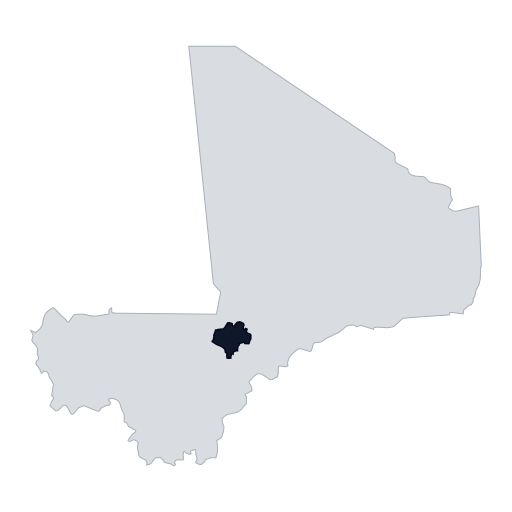 Tenenkou, Mopti, Mali shown in context
{"feature_id": "8926073B19754802458169", "entity_name": "Tenenkou", "entity_type": "district", "adm_level": 2, "iso_a3": "MLI", "parent_name": "Mali", "parent_adm1": "Mopti", "projection": "albers", "projection_center": [-4.939, 14.587], "detail": "fine", "context": "in_parent", "style": "filled", "palette": "ink", "viewbox_px": 512, "rotation_deg": 0, "n_neighbors": 0, "source": "geoboundaries", "source_scale": "gbopen_adm2", "svg_char_len": 5278}
<svg xmlns="http://www.w3.org/2000/svg" viewBox="0 0 512 512"><path d="M53.2,399.5L53.5,397.4L51.7,395.8L51.7,395.1L52.8,388.9L52.8,387.3L53.6,384.2L52.5,382.8L52.2,381.7L49.4,377.6L48.6,374.2L47.2,371.9L43.8,371.1L42.5,373.0L41.7,373.3L40.5,371.8L40.1,370.6L40.1,369.6L35.9,364.1L36.3,361.2L38.0,359.7L38.7,357.3L37.1,354.4L37.5,351.7L37.4,347.8L34.9,344.4L33.2,342.9L31.8,340.5L33.2,335.2L30.7,330.5L35.5,332.5L37.8,330.9L40.1,328.6L42.1,325.6L43.0,321.8L43.5,318.5L45.5,313.5L47.9,311.1L52.7,307.7L54.0,308.0L61.6,315.8L66.0,319.8L67.5,321.9L69.0,321.9L71.3,318.3L73.6,315.1L74.6,314.4L82.4,314.1L86.5,314.8L90.1,315.8L95.2,316.2L108.8,314.1L109.0,312.6L108.9,310.8L109.5,309.5L110.6,308.2L111.6,308.0L111.9,312.3L113.0,312.9L116.2,313.2L216.4,314.2L220.7,291.9L213.4,283.8L188.8,46.2L235.2,46.3L243.2,51.6L394.3,153.4L395.1,156.8L395.1,161.4L396.2,162.8L398.5,164.2L407.1,168.5L407.8,169.3L408.2,171.2L409.3,173.4L411.1,174.7L413.3,175.6L415.9,176.2L423.7,176.7L425.3,177.7L428.8,181.7L430.7,182.4L441.2,184.3L444.7,185.3L448.4,187.1L450.5,188.7L450.6,195.2L452.2,199.4L452.2,200.4L450.6,202.2L450.3,203.5L448.5,206.9L448.9,208.2L452.7,210.6L454.5,211.2L456.6,211.2L478.6,205.9L481.3,266.7L480.5,267.7L480.3,278.5L478.9,284.9L476.2,289.7L474.6,296.8L473.6,298.2L472.9,302.2L471.4,304.6L468.5,305.6L463.5,310.3L463.2,313.9L451.0,312.4L450.1,312.5L449.6,313.0L449.4,314.9L418.2,317.0L402.9,318.3L393.5,326.8L387.3,327.7L379.4,327.2L375.4,327.3L373.8,327.8L373.5,329.3L361.0,325.3L356.4,326.8L355.7,326.3L355.0,325.4L352.8,325.0L349.2,325.3L346.7,325.9L338.8,332.6L334.6,334.3L326.7,338.2L321.3,341.7L319.3,342.3L316.2,342.5L313.6,343.2L311.4,350.7L309.9,351.5L300.4,348.6L298.5,349.0L296.8,349.9L291.6,354.4L289.0,357.9L287.6,362.5L287.9,365.6L287.0,366.5L284.6,366.8L280.1,365.8L278.8,366.3L278.2,368.6L278.3,373.6L277.4,377.0L274.8,378.0L272.7,379.4L271.1,379.8L269.8,379.5L262.1,374.4L259.5,373.6L256.7,374.2L253.9,376.4L249.0,381.7L249.5,383.6L250.9,385.8L251.9,388.5L251.8,390.9L244.8,394.4L246.5,397.0L246.3,403.9L243.0,407.0L241.9,409.1L238.8,411.3L236.1,412.6L227.5,414.4L224.0,416.6L222.4,418.3L222.0,420.3L222.4,422.4L224.0,427.0L223.5,431.2L222.1,436.0L220.7,438.1L216.7,440.6L217.3,443.8L217.7,448.3L217.0,454.1L215.8,458.0L214.9,457.7L211.0,457.8L206.8,459.1L205.3,460.0L205.0,461.4L201.4,464.5L199.1,464.3L196.9,463.5L195.7,462.6L195.7,462.1L197.0,459.6L197.1,458.7L195.8,454.2L196.0,453.1L195.5,449.7L195.2,449.5L190.6,451.0L190.4,451.6L191.1,453.8L190.6,454.2L189.0,454.1L186.7,453.4L184.2,451.4L183.6,452.0L183.3,453.6L183.1,455.4L183.7,458.8L183.0,460.0L179.1,459.8L175.8,460.2L175.0,461.4L174.6,462.7L175.4,464.3L175.3,464.9L173.9,465.8L173.3,465.8L171.5,464.1L164.2,462.4L163.7,460.1L162.8,460.1L160.5,457.3L159.5,457.4L158.7,457.8L156.0,457.6L153.5,460.0L151.6,462.9L149.6,464.3L146.6,465.0L147.1,463.1L146.2,460.4L140.0,457.1L139.0,455.7L137.5,448.2L137.6,446.0L138.1,444.1L137.9,442.5L137.3,441.4L135.4,440.2L133.5,439.7L131.0,441.1L129.8,441.4L128.7,441.2L128.1,440.7L128.2,439.9L130.9,436.0L132.3,434.3L135.0,432.4L135.7,431.5L135.7,430.7L135.5,430.1L133.7,429.4L131.0,427.5L129.6,427.2L128.4,426.4L127.1,423.4L126.5,422.9L125.2,422.5L124.1,421.8L124.3,414.8L121.7,409.4L119.5,402.7L118.3,401.0L116.2,399.6L113.6,398.7L111.2,398.4L108.6,399.1L108.6,399.7L110.0,401.9L110.3,403.1L110.0,404.3L109.5,405.0L105.9,405.7L101.1,408.1L99.5,410.9L98.4,411.2L96.5,410.8L84.0,405.7L78.7,407.7L75.1,411.8L74.3,413.2L72.6,414.3L71.7,414.3L70.8,413.5L67.3,407.0L65.7,405.5L63.8,405.3L62.0,406.3L60.2,408.4L57.9,410.4L56.5,410.9L55.3,410.6L50.2,406.1L49.9,405.2L52.4,400.2L53.2,399.5Z" fill="#d9dde1" stroke="#a8b0b8" stroke-width="1"/><path d="M239.3,344.8L239.0,344.4L239.0,343.8L239.2,343.6L240.4,343.2L241.1,342.9L241.3,342.9L241.7,342.8L242.1,342.8L242.4,342.7L242.7,342.5L243.1,342.3L243.6,342.2L244.1,342.3L244.4,342.5L244.6,342.8L244.7,343.5L246.4,343.6L248.4,343.7L249.0,343.5L249.8,340.7L250.6,339.5L250.8,338.2L250.9,336.5L250.8,334.9L250.2,334.2L247.6,333.1L246.3,332.3L247.0,329.1L245.4,328.5L245.2,328.9L244.6,329.5L244.0,329.6L243.5,329.3L243.2,328.4L243.4,326.4L244.0,325.1L243.7,324.2L243.4,323.5L242.3,323.0L241.3,322.4L239.8,321.8L237.3,322.3L236.2,323.4L235.1,324.7L234.5,326.0L233.6,326.2L232.7,325.7L232.3,324.7L232.1,323.6L231.2,323.4L231.0,323.2L230.9,323.1L230.2,323.4L229.7,323.0L229.5,322.7L229.2,322.6L227.7,322.9L226.7,324.4L224.7,327.7L223.0,329.2L220.9,329.1L220.1,329.3L219.8,329.3L219.2,329.5L219.0,329.4L218.8,329.4L218.4,329.4L218.1,329.8L217.8,329.6L217.7,329.7L217.3,329.8L217.1,329.9L217.0,330.2L216.8,330.3L216.6,330.3L216.5,330.2L216.3,330.0L216.0,330.1L215.7,330.0L215.5,330.4L214.8,332.8L213.8,335.1L213.9,336.3L214.1,337.3L213.6,338.0L213.4,340.0L212.3,340.9L212.2,341.6L216.4,344.3L221.5,346.5L223.1,347.6L225.0,349.3L225.3,352.1L227.2,353.5L226.7,355.0L227.0,358.0L229.0,358.3L230.9,358.0L230.9,357.4L230.8,357.1L230.8,356.7L230.8,355.9L231.1,355.5L231.5,355.0L231.9,354.2L232.2,353.9L232.5,353.6L232.8,353.5L233.1,353.8L233.2,352.0L233.4,351.9L233.7,351.9L234.2,351.6L234.7,351.2L234.9,351.1L235.1,351.1L235.3,351.1L235.8,351.0L236.2,350.8L236.4,350.7L236.6,350.6L236.8,350.6L237.0,350.6L237.3,350.6L237.5,350.7L237.5,349.9L237.6,349.0L237.8,346.4L239.3,344.8Z" fill="#0f172a" stroke="#020617" stroke-width="1.5"/></svg>